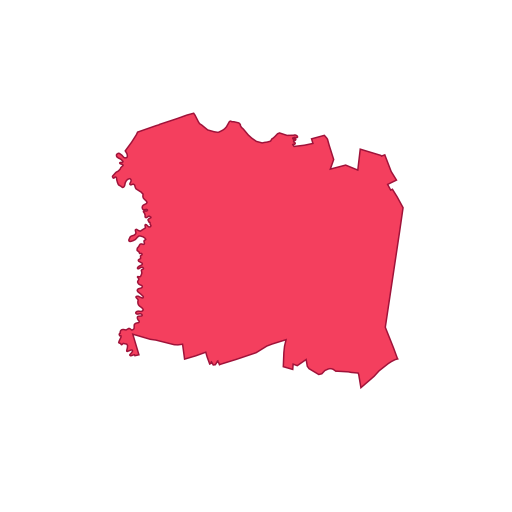 Sepreus, Arad, Romania, rotated 60°
{"feature_id": "2599482B37424081846872", "entity_name": "Sepreus", "entity_type": "district", "adm_level": 2, "iso_a3": "ROU", "parent_name": "Romania", "parent_adm1": "Arad", "projection": "mercator", "projection_center": [21.705, 46.561], "detail": "fine", "context": "isolated", "style": "filled", "palette": "rose", "viewbox_px": 512, "rotation_deg": 60, "n_neighbors": 0, "source": "geoboundaries", "source_scale": "gbopen_adm2", "svg_char_len": 6149}
<svg xmlns="http://www.w3.org/2000/svg" viewBox="0 0 512 512"><g transform="rotate(60 256 256)"><path d="M280.4,411.5L280.8,410.6L281.8,410.7L283.0,406.8L262.1,401.8L275.3,389.2L278.7,384.8L291.9,371.2L293.9,368.1L295.7,363.7L309.6,369.4L312.3,358.2L314.2,347.6L319.0,348.8L326.4,350.1L326.5,348.7L325.5,348.0L325.4,347.5L329.0,347.5L329.8,345.6L328.6,343.2L327.8,342.0L327.8,341.6L328.9,342.0L330.0,341.7L331.9,342.0L332.0,340.9L335.7,324.6L339.8,304.2L339.4,291.6L340.3,286.0L343.5,271.8L348.4,276.4L353.5,280.1L365.5,287.7L372.6,280.9L368.2,277.9L371.6,275.1L370.7,264.3L377.1,266.7L380.1,266.4L390.0,260.9L390.9,257.9L389.6,253.6L390.0,249.8L390.5,248.3L391.5,246.9L392.6,245.9L395.8,244.4L395.9,244.0L402.6,233.8L404.4,231.8L408.4,226.1L410.0,226.3L422.5,231.0L419.2,213.8L417.0,206.9L415.3,195.4L415.1,191.5L415.2,189.3L415.3,187.3L416.0,184.7L414.9,184.7L404.6,182.9L382.5,179.7L381.9,179.3L306.5,119.3L287.7,104.5L275.4,104.2L266.4,104.5L266.3,106.4L259.8,106.2L260.5,96.4L250.4,96.7L232.8,93.9L232.2,97.4L231.3,97.6L215.6,112.3L232.5,124.9L222.1,132.9L217.9,148.2L211.3,140.5L196.8,137.3L190.6,135.7L189.1,135.8L185.7,136.5L182.3,149.3L187.0,150.4L184.3,158.6L180.2,168.2L177.9,168.5L177.8,168.2L177.9,167.5L178.5,166.8L178.4,166.1L177.9,165.6L176.8,165.8L175.9,166.3L175.3,166.0L174.9,165.6L175.4,164.6L175.4,163.9L175.0,163.3L174.5,163.4L173.8,164.0L173.4,165.3L172.7,165.5L172.2,165.1L172.5,163.4L173.8,161.9L173.9,161.2L173.8,160.6L173.5,160.4L172.8,160.3L171.5,160.9L170.6,161.8L170.3,162.9L167.1,168.8L161.2,174.1L160.9,176.2L162.0,179.9L162.5,182.2L162.5,183.6L163.8,186.0L162.9,189.5L161.9,191.8L161.2,194.1L156.9,198.4L151.7,200.8L147.3,202.2L139.8,203.5L137.3,204.3L135.2,204.3L134.5,203.9L132.9,204.0L131.9,204.6L128.7,208.0L127.6,209.8L126.6,210.4L126.3,210.9L126.4,212.0L129.4,217.1L130.2,219.7L130.4,222.1L130.2,225.5L130.1,226.5L129.8,227.3L127.4,230.2L122.7,234.8L115.5,237.5L113.2,238.7L111.0,238.8L103.5,238.4L101.2,238.6L99.4,245.4L97.2,257.4L93.8,273.7L93.9,274.4L93.2,277.1L89.5,296.6L91.2,299.0L95.3,306.9L99.6,316.7L102.5,316.6L103.5,316.8L104.7,317.2L105.6,317.8L106.0,318.4L106.1,319.0L105.7,320.1L105.1,320.8L104.4,321.2L101.5,321.8L99.3,322.8L98.5,323.3L98.2,324.0L98.2,325.2L98.4,326.0L99.0,326.5L99.7,326.8L100.6,326.9L102.3,326.2L103.8,325.2L104.9,324.6L107.3,323.9L107.7,324.0L108.0,324.4L108.1,324.9L107.2,326.6L107.1,327.1L107.3,327.5L107.6,327.6L108.3,327.4L110.0,325.9L110.5,325.7L111.0,325.8L111.2,326.1L111.9,328.9L112.9,330.3L113.6,332.9L113.5,335.0L113.7,336.0L115.1,340.2L115.6,340.7L117.0,340.7L117.4,340.4L117.5,340.0L117.2,338.8L117.3,338.3L117.8,337.8L118.4,337.7L120.7,338.6L123.0,339.2L125.3,339.5L126.1,339.3L127.7,338.3L129.4,337.6L130.0,337.2L130.1,336.4L130.0,335.7L129.4,334.6L127.2,332.6L126.1,330.9L125.6,329.5L125.5,328.3L125.7,327.1L126.0,326.5L126.8,326.2L127.8,326.2L128.3,326.5L129.0,327.1L130.1,328.8L130.6,329.3L131.1,329.3L131.6,329.1L131.9,328.7L132.2,326.9L132.6,326.2L133.3,325.8L134.0,325.7L136.6,326.3L137.9,326.3L143.5,323.4L144.1,323.4L145.6,322.9L145.9,322.9L147.9,324.2L149.3,324.6L151.1,324.3L153.2,323.6L154.9,323.5L155.3,323.8L155.7,324.6L155.8,325.2L155.6,327.4L155.7,328.5L156.1,329.5L157.2,330.4L158.5,330.7L159.3,330.6L159.8,330.2L160.9,327.5L161.6,327.0L162.0,327.0L162.4,327.8L162.3,328.4L161.1,330.5L161.1,331.1L161.4,331.4L163.4,331.2L165.4,331.7L166.7,332.5L167.4,332.4L167.9,331.9L168.0,330.9L167.9,328.8L168.1,328.5L168.9,328.0L169.8,327.6L170.1,327.7L170.3,328.0L170.2,329.6L170.3,330.7L170.6,331.4L171.2,331.6L171.7,331.7L172.3,331.5L172.9,331.7L173.3,331.7L173.8,331.1L174.5,331.2L175.6,331.8L177.0,331.7L177.8,332.5L177.8,333.2L177.4,334.0L176.8,334.5L174.1,335.3L173.5,336.0L173.8,336.7L176.2,337.6L176.4,338.1L176.6,343.9L175.1,345.1L173.2,346.1L173.0,346.7L173.1,347.4L173.8,347.8L175.6,348.3L176.5,349.0L176.9,350.1L177.0,351.2L176.4,354.2L176.6,355.5L178.4,358.0L179.1,358.4L179.8,358.4L180.5,357.8L180.9,356.6L181.3,354.7L181.4,352.2L180.4,349.1L180.2,347.3L180.8,346.2L182.8,344.3L184.6,343.4L185.7,343.1L186.5,343.2L186.6,343.6L186.7,345.0L187.1,345.6L189.3,346.3L189.7,346.7L189.8,347.3L189.5,347.9L188.3,349.1L188.0,349.7L187.9,350.6L188.4,351.7L189.1,352.7L189.9,354.9L191.4,356.1L192.1,356.1L193.7,355.3L195.6,355.5L196.4,354.0L197.1,353.7L197.6,353.8L198.0,354.3L198.1,355.7L198.3,356.1L200.2,357.0L200.5,357.6L200.5,359.2L200.7,359.9L201.2,360.2L201.9,360.2L205.1,358.3L205.8,358.3L206.3,358.6L206.6,359.3L206.4,361.6L206.4,363.1L206.8,364.2L207.2,364.7L207.6,364.8L208.0,364.7L208.4,364.0L208.3,361.3L208.9,360.1L209.4,359.7L210.2,359.6L210.7,359.8L210.9,360.5L210.8,362.0L211.1,362.5L213.0,363.1L213.8,363.5L214.9,364.7L215.7,365.8L216.0,366.6L215.7,367.3L214.7,368.7L214.8,369.0L215.1,369.2L216.9,368.9L217.7,369.2L218.8,371.1L219.5,371.6L220.9,371.7L221.6,371.6L222.9,370.9L224.3,369.8L225.1,369.6L225.9,369.9L226.3,370.6L226.3,371.6L225.6,374.1L225.7,375.2L226.3,376.0L227.1,376.2L228.2,376.1L231.1,374.9L234.2,374.0L234.8,373.9L235.3,374.2L235.7,374.7L235.5,375.5L233.5,377.1L232.0,378.0L231.5,378.8L231.2,379.7L231.4,380.4L232.0,380.6L234.7,380.0L235.5,380.3L236.7,381.3L238.2,382.0L239.5,382.2L241.1,381.9L243.6,380.8L244.9,380.5L246.0,380.5L246.5,381.0L246.8,381.9L246.6,383.2L244.9,385.5L244.5,386.7L244.5,387.6L244.9,388.4L245.6,388.7L246.5,388.4L247.2,387.5L247.8,385.7L248.4,384.7L249.4,384.1L250.3,384.1L250.7,384.5L250.6,385.4L249.3,388.1L249.3,388.9L249.9,389.5L250.7,389.9L252.2,390.1L253.8,389.8L254.4,389.9L254.8,390.3L255.0,390.9L254.2,393.4L254.2,394.5L254.4,395.4L254.9,396.0L257.7,397.7L258.2,398.6L258.2,400.0L257.9,400.7L256.0,401.5L255.5,401.8L255.1,402.4L255.1,405.3L254.8,405.9L253.3,407.6L252.9,408.5L252.7,409.4L253.0,410.6L254.1,411.8L254.9,412.1L255.0,413.1L255.4,413.6L255.9,413.8L256.9,413.9L257.2,413.7L257.4,412.9L257.8,412.9L258.7,413.4L261.1,416.8L262.2,418.1L262.8,418.1L264.0,417.1L265.5,416.9L265.7,416.6L265.3,414.7L267.7,412.0L269.4,412.0L271.3,413.4L273.3,415.3L273.9,415.5L274.3,415.2L275.0,411.1L275.3,410.6L275.6,410.3L276.4,410.3L276.9,410.8L277.7,412.5L278.3,414.4L278.6,414.8L279.1,414.8L279.8,414.4L280.1,413.4L280.4,411.5Z" fill="#f43f5e" stroke="#9f1239" stroke-width="1.5"/></g></svg>